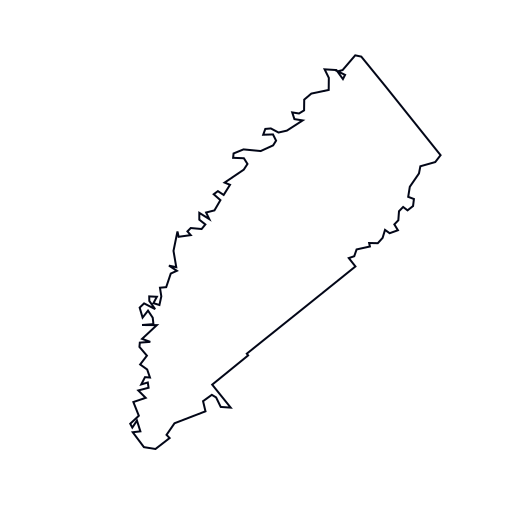 Bossier, Louisiana, United States of America (Natural Earth projection), rotated 51°
{"feature_id": "52423323B21890268683082", "entity_name": "Bossier", "entity_type": "district", "adm_level": 2, "iso_a3": "USA", "parent_name": "United States of America", "parent_adm1": "Louisiana", "projection": "natural_earth1", "projection_center": [-93.631, 32.628], "detail": "fine", "context": "isolated", "style": "outline", "palette": "ink", "viewbox_px": 512, "rotation_deg": 51, "n_neighbors": 0, "source": "geoboundaries", "source_scale": "gbopen_adm2", "svg_char_len": 1801}
<svg xmlns="http://www.w3.org/2000/svg" viewBox="0 0 512 512"><g transform="rotate(51 256 256)"><path d="M315.4,462.7L334.0,463.4L342.7,455.6L343.1,437.7L338.7,438.1L334.7,424.6L344.9,393.0L335.5,388.5L336.1,377.7L340.8,376.0L351.1,378.4L357.9,371.1L328.4,371.0L328.4,361.9L328.3,324.7L326.1,324.6L326.5,247.3L326.7,185.3L316.0,185.2L318.0,179.8L314.2,173.7L320.3,161.5L317.1,159.9L322.7,153.3L321.6,146.2L316.9,139.3L322.4,137.8L325.3,129.5L318.5,128.6L317.8,122.9L311.2,116.7L310.5,110.8L315.9,109.5L316.0,102.5L311.1,97.4L305.8,100.5L299.0,92.9L294.4,77.4L289.7,71.8L295.8,57.6L293.8,49.1L292.1,49.1L289.3,49.1L206.7,48.6L171.5,48.7L167.3,48.7L162.5,52.6L166.0,71.7L163.9,76.3L171.3,72.8L173.2,77.1L162.1,76.5L154.1,85.2L163.4,87.3L172.7,95.0L164.6,110.8L164.8,120.1L173.1,127.0L172.3,132.9L167.2,137.5L173.8,140.0L180.0,134.4L178.0,153.1L174.2,160.8L166.2,164.2L163.1,168.8L166.3,174.1L172.2,166.3L179.0,167.8L180.8,173.1L177.4,186.3L165.3,198.6L162.2,208.9L165.3,212.0L172.4,203.9L179.1,204.7L181.2,211.2L179.2,234.2L184.3,231.4L188.2,242.7L181.6,244.8L181.4,250.0L190.2,248.5L194.4,259.6L190.8,267.4L197.9,269.1L186.8,272.9L192.1,277.2L199.6,275.5L200.8,281.3L193.2,289.1L193.7,293.8L198.7,293.6L192.4,304.0L187.5,301.6L200.1,316.9L214.5,325.0L208.7,329.7L217.7,326.8L216.0,333.3L223.7,345.4L220.2,350.6L227.8,355.0L233.3,361.9L228.1,365.4L225.3,358.7L220.2,364.4L223.8,367.2L233.8,367.8L222.4,372.8L222.9,378.9L232.5,382.9L230.5,374.3L239.0,375.1L244.4,378.6L237.9,388.0L247.3,376.6L248.7,396.7L256.2,392.2L250.2,400.8L253.3,403.8L264.8,403.5L267.4,414.3L275.7,412.0L283.7,414.9L280.3,418.5L283.6,426.0L286.2,419.7L290.8,422.4L286.4,432.1L296.8,431.0L292.3,443.2L306.4,447.6L307.2,459.3L311.5,460.1L309.0,452.1L319.5,456.2L315.4,462.7Z" fill="none" stroke="#020617" stroke-width="2"/></g></svg>